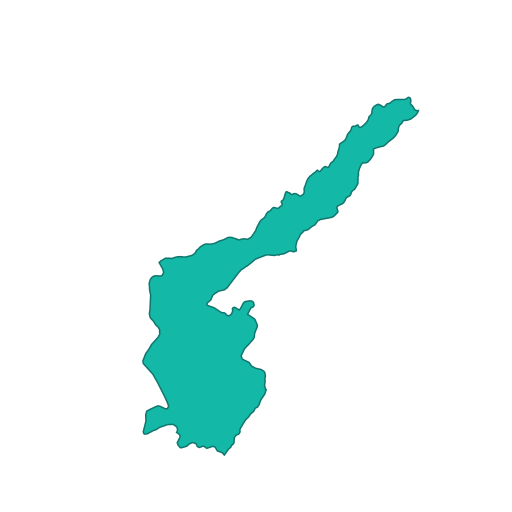 Chicacao, Suchitepéquez, Guatemala (Natural Earth projection), rotated 205°
{"feature_id": "79465075B95007488956615", "entity_name": "Chicacao", "entity_type": "district", "adm_level": 2, "iso_a3": "GTM", "parent_name": "Guatemala", "parent_adm1": "Suchitepéquez", "projection": "natural_earth1", "projection_center": [-91.364, 14.487], "detail": "fine", "context": "isolated", "style": "filled", "palette": "teal", "viewbox_px": 512, "rotation_deg": 205, "n_neighbors": 0, "source": "geoboundaries", "source_scale": "gbopen_adm2", "svg_char_len": 6113}
<svg xmlns="http://www.w3.org/2000/svg" viewBox="0 0 512 512"><g transform="rotate(205 256 256)"><path d="M288.9,65.6L286.0,60.0L283.9,49.1L282.6,47.6L281.7,47.5L279.6,48.7L274.8,55.0L273.5,55.9L270.9,60.0L264.8,65.9L259.9,68.4L255.4,67.6L253.4,65.0L253.4,62.5L251.3,62.3L249.0,61.2L248.3,59.8L248.5,53.5L246.6,51.6L243.7,50.3L242.5,50.7L238.4,54.3L237.2,57.2L234.9,60.0L231.3,60.7L228.6,58.5L226.5,58.5L223.2,61.6L219.3,60.9L214.7,65.3L212.2,65.5L208.7,63.0L203.5,63.5L200.6,62.2L199.2,69.7L198.1,71.8L198.1,73.9L197.3,75.7L197.0,77.3L198.7,81.7L198.8,83.5L198.0,85.5L196.3,87.5L196.1,89.9L197.1,91.3L197.3,93.0L196.3,102.9L194.7,106.9L194.2,110.4L192.4,114.4L192.4,117.6L190.7,119.9L190.4,122.7L190.8,127.4L189.7,134.6L190.3,139.2L190.9,139.2L193.5,142.2L194.9,146.7L195.7,147.5L196.8,151.4L199.0,154.3L200.3,154.9L203.4,155.3L208.8,154.1L213.4,154.3L217.1,156.6L224.2,156.7L225.3,157.1L227.3,159.3L227.2,167.4L226.6,168.5L226.4,170.3L225.9,170.8L223.5,178.8L223.2,181.3L224.6,185.6L225.0,192.8L226.1,194.5L230.5,198.3L239.0,199.6L238.7,206.6L237.0,208.9L236.8,210.4L238.7,213.0L240.8,213.4L243.3,212.4L246.8,209.9L247.6,207.8L247.8,201.9L248.4,199.9L253.7,200.5L254.9,199.5L255.1,198.1L253.9,196.5L253.7,193.3L254.8,190.8L256.0,190.1L258.2,190.1L258.9,190.8L260.7,191.1L263.6,190.1L272.1,191.4L278.9,190.7L279.9,191.1L280.4,192.7L278.4,197.0L278.6,201.9L278.2,203.2L275.1,208.3L270.1,212.2L269.4,214.2L268.8,214.7L264.8,233.2L263.4,237.8L262.7,238.5L260.5,242.4L259.8,243.2L256.6,249.7L255.3,252.7L252.1,256.2L246.7,261.7L239.2,264.4L237.6,266.0L235.6,266.5L234.4,268.1L231.8,269.6L227.8,274.6L226.5,275.4L223.7,275.6L221.6,277.7L224.1,281.6L225.2,286.6L224.8,291.9L224.9,294.3L223.6,297.3L223.6,298.7L220.0,301.8L217.8,306.4L215.8,309.1L214.9,313.8L214.4,314.5L212.9,316.4L212.5,316.8L210.5,318.1L208.5,319.6L206.2,321.2L203.8,323.0L203.0,323.8L202.2,325.1L201.0,328.3L200.4,330.4L201.0,331.6L201.9,332.5L203.2,333.9L203.3,335.0L202.7,336.3L202.0,337.4L200.0,339.6L199.2,341.1L198.9,342.7L198.8,343.5L198.8,346.6L198.6,347.3L198.1,348.0L196.8,349.7L196.3,350.6L196.2,351.4L196.2,352.1L196.4,354.4L196.3,355.4L196.0,356.2L195.1,357.7L194.7,358.6L194.6,360.9L194.3,363.1L194.3,364.9L194.6,365.6L195.4,367.2L195.9,368.7L196.2,369.1L196.7,369.5L197.2,372.4L198.2,374.4L198.6,375.4L199.2,378.8L199.3,381.9L199.2,383.6L198.7,385.2L198.3,385.7L197.0,386.2L196.0,386.8L195.4,387.2L194.9,387.8L194.3,388.7L193.9,389.8L193.2,392.1L192.8,394.1L192.5,397.3L192.7,398.3L193.2,399.6L194.2,401.5L194.7,402.2L194.3,403.1L192.9,404.7L189.6,407.5L187.3,409.2L186.7,409.8L185.9,411.3L184.0,416.0L181.6,420.5L181.0,422.1L180.3,424.7L180.0,427.3L179.9,428.9L180.1,429.7L180.7,431.4L181.0,432.6L181.2,433.7L181.2,434.5L181.1,435.2L180.8,436.1L180.4,437.0L180.1,437.7L179.9,438.5L179.8,440.5L179.3,441.3L176.7,442.7L175.4,443.8L174.5,444.7L173.8,445.4L173.3,446.1L171.3,450.0L170.6,451.7L170.4,452.8L170.1,455.1L170.3,456.5L171.5,455.7L173.4,455.6L174.6,456.0L177.1,457.9L178.4,458.5L179.3,458.6L180.4,459.3L180.7,460.0L181.1,461.6L181.5,462.6L182.5,463.9L183.3,464.4L184.0,464.5L184.7,464.3L185.3,463.8L186.1,462.1L187.2,460.8L191.9,458.6L195.1,457.0L196.0,456.5L196.6,455.9L197.8,454.0L198.8,452.0L199.3,451.1L199.9,450.5L201.3,449.5L201.8,448.7L202.2,446.3L202.7,445.4L203.4,445.0L204.3,444.9L205.5,445.1L206.6,445.3L208.8,445.3L209.4,445.1L210.2,444.4L210.9,443.4L211.9,442.0L212.4,440.5L212.7,439.3L212.6,438.2L212.1,436.1L211.6,435.0L211.4,434.4L211.4,433.6L211.4,432.8L211.6,432.0L212.4,430.3L212.4,429.6L212.0,428.0L212.0,425.7L212.5,423.3L213.7,420.0L214.8,417.9L215.8,416.5L216.7,416.3L217.3,416.5L218.4,417.6L219.0,417.8L219.7,417.4L221.1,415.6L221.7,415.1L222.6,414.8L223.3,414.2L223.6,413.3L223.5,411.9L223.2,410.8L223.1,410.2L223.6,408.2L224.3,405.9L224.4,404.2L224.1,401.0L224.2,399.3L224.5,398.3L224.9,397.3L227.5,392.9L227.3,392.0L226.7,390.5L226.2,388.7L225.9,385.9L225.7,384.6L225.2,383.1L225.1,382.1L225.1,380.3L225.4,378.3L225.7,377.5L226.1,374.6L227.3,372.3L227.6,371.4L227.7,367.6L228.1,366.7L229.1,366.5L230.5,366.5L231.1,366.3L231.6,365.9L232.0,365.1L232.7,363.7L233.3,361.0L233.7,360.0L234.0,359.5L234.6,359.2L235.6,359.4L236.4,359.8L237.0,359.2L237.5,357.5L238.7,355.4L239.6,353.4L240.8,351.0L241.6,348.2L241.6,345.0L241.1,340.2L241.0,338.1L240.8,337.1L239.7,335.2L239.1,333.9L239.3,331.8L239.6,331.1L240.8,329.3L241.7,328.9L242.4,328.9L244.2,329.3L246.2,329.3L246.8,329.1L247.4,328.9L248.0,328.5L248.4,328.1L249.2,327.1L249.7,326.7L250.7,326.8L251.2,327.1L252.1,327.4L253.7,327.2L254.5,327.2L255.1,327.4L255.8,326.9L255.9,325.2L255.5,322.6L255.2,321.0L255.1,319.2L255.2,318.4L255.4,317.6L256.2,316.3L255.9,315.6L254.4,314.2L253.9,313.5L253.9,312.5L254.6,311.8L255.0,311.1L255.1,310.4L255.5,309.6L255.9,308.9L256.8,308.2L257.4,308.0L259.4,307.8L260.1,307.6L260.9,307.0L261.3,306.3L262.1,303.5L262.4,302.6L263.6,301.4L263.9,300.7L264.3,299.0L264.4,298.2L264.4,295.5L264.6,294.6L264.9,293.6L266.1,291.6L266.5,290.8L266.7,290.1L267.0,288.6L267.3,283.3L267.3,281.9L267.1,280.1L267.1,278.3L268.2,271.5L268.7,270.5L270.1,268.4L270.8,267.6L271.5,267.3L273.8,266.7L274.6,266.3L275.2,265.8L276.4,265.1L277.5,263.8L278.5,263.3L282.2,263.1L283.1,262.8L285.2,262.7L286.3,262.4L288.2,261.6L289.4,260.7L292.0,257.3L295.6,254.0L298.5,250.3L300.8,248.4L301.5,248.0L303.5,246.9L305.7,246.1L307.2,245.1L307.7,244.7L309.4,242.3L310.2,240.9L310.6,240.1L311.2,238.0L312.3,236.0L312.3,233.8L312.5,233.0L312.7,232.4L313.4,230.9L314.1,229.8L315.0,228.9L318.5,226.0L319.3,225.4L321.1,224.5L323.4,223.8L326.4,222.4L328.6,220.7L330.6,218.8L331.4,218.1L333.7,217.3L337.1,215.7L340.3,211.1L341.0,209.1L335.0,204.8L332.7,202.0L332.9,198.5L334.0,197.5L338.7,195.6L340.3,194.4L341.3,192.7L341.9,190.2L341.2,185.7L340.6,185.0L338.1,180.3L334.9,175.9L329.2,162.0L328.2,158.4L325.5,155.2L321.2,153.5L318.0,151.3L314.0,149.9L311.7,147.8L311.4,146.6L310.2,144.7L310.4,140.9L313.3,131.6L313.6,126.7L314.7,120.9L314.2,113.2L312.7,110.9L299.5,105.3L291.3,99.4L279.0,89.7L274.9,86.2L271.7,83.0L271.8,80.5L272.3,79.7L274.0,79.2L279.9,79.2L281.9,78.5L287.1,72.4L289.4,69.4L288.9,65.6Z" fill="#14b8a6" stroke="#0f766e" stroke-width="1.5"/></g></svg>